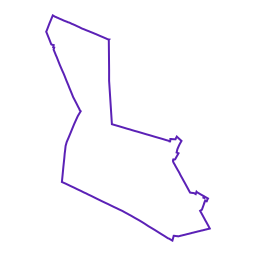 outline of Nezahualcóyotl, México, Mexico
{"feature_id": "50627088B38047784170675", "entity_name": "Nezahualcóyotl", "entity_type": "district", "adm_level": 2, "iso_a3": "MEX", "parent_name": "Mexico", "parent_adm1": "México", "projection": "orthographic", "projection_center": [-99.019, 19.432], "detail": "fine", "context": "isolated", "style": "outline", "palette": "violet", "viewbox_px": 256, "rotation_deg": 0, "n_neighbors": 0, "source": "geoboundaries", "source_scale": "gbopen_adm2", "svg_char_len": 4293}
<svg xmlns="http://www.w3.org/2000/svg" viewBox="0 0 256 256"><path d="M73.6,97.9L73.7,98.1L75.4,101.4L76.8,104.1L78.3,107.1L79.2,108.7L79.6,109.9L80.7,111.2L77.9,115.9L77.5,116.7L74.1,124.2L71.2,131.3L70.8,132.3L68.6,137.6L66.7,142.0L65.7,145.6L65.6,145.9L65.1,150.5L64.7,153.5L64.3,158.1L63.4,166.6L62.5,175.9L61.9,182.0L66.0,183.8L67.0,184.3L68.7,185.1L70.3,185.9L74.2,187.7L76.8,189.0L78.5,189.8L80.9,190.9L83.8,192.4L86.1,193.4L88.4,194.6L90.8,195.7L92.8,196.7L96.6,198.6L99.7,200.1L101.5,201.0L105.7,203.0L107.9,204.0L110.3,205.2L114.2,207.1L116.6,208.2L118.6,209.2L122.5,211.0L123.7,211.7L125.7,212.8L127.6,213.8L128.8,214.5L130.9,215.6L132.6,216.6L135.0,218.0L138.8,220.1L140.0,220.8L142.3,222.2L144.7,223.7L148.3,226.1L151.5,228.0L155.0,230.1L158.0,232.0L161.5,234.2L164.3,235.9L168.0,238.3L169.0,238.6L169.8,239.1L171.2,239.9L171.8,240.3L172.4,240.6L173.1,238.1L173.3,237.4L173.5,236.6L173.7,235.8L174.4,235.8L175.5,236.0L176.3,236.1L176.9,236.1L177.6,236.2L178.1,236.4L178.9,236.2L180.2,235.9L180.4,235.8L180.7,235.7L181.2,235.6L181.3,235.6L181.8,235.5L182.1,235.4L182.4,235.3L183.0,235.2L183.6,235.0L183.8,235.0L184.6,234.8L185.4,234.6L186.2,234.4L186.5,234.3L188.1,233.9L188.7,233.8L189.4,233.6L189.7,233.5L190.3,233.4L190.5,233.3L191.1,233.2L191.9,232.9L193.4,232.6L193.6,232.5L193.8,232.5L194.5,232.3L195.2,232.1L195.3,232.1L195.8,232.0L196.1,231.9L196.5,231.8L197.3,231.6L197.7,231.5L198.0,231.4L198.6,231.3L198.9,231.2L199.0,231.2L199.5,231.1L199.9,231.0L200.5,230.8L200.9,230.7L201.0,230.7L201.8,230.5L202.1,230.4L202.6,230.4L202.9,230.3L203.2,230.2L203.4,230.1L204.1,230.0L205.0,229.7L206.1,229.5L206.2,229.4L207.6,229.1L208.0,229.0L208.9,228.8L209.1,228.7L209.4,228.7L209.6,228.7L209.8,228.6L209.4,227.8L209.2,227.5L208.4,225.9L206.8,223.0L206.5,222.4L205.9,221.4L205.0,219.8L204.3,218.4L203.7,217.4L203.3,216.6L200.1,210.8L200.7,210.4L201.2,210.1L201.9,209.7L204.5,202.5L204.4,202.5L204.7,201.7L205.0,201.1L205.2,200.5L206.7,201.3L207.0,200.8L207.0,200.4L208.0,198.5L205.1,196.9L204.4,198.0L203.4,197.7L203.4,197.3L203.8,196.1L202.5,195.4L200.5,194.3L199.2,193.5L198.1,192.9L197.2,192.4L196.5,191.7L195.7,194.1L195.0,193.7L194.3,193.2L193.7,193.1L193.3,193.0L192.9,193.0L191.4,192.8L190.9,192.7L190.3,192.7L190.1,192.6L189.3,191.2L189.2,191.0L188.9,190.5L188.5,189.7L186.7,186.4L184.8,182.9L183.5,180.6L183.4,180.4L182.2,178.2L181.4,176.8L180.2,174.6L179.7,173.5L178.5,171.3L177.7,170.0L177.1,168.9L176.7,168.2L175.9,166.8L175.4,165.9L175.0,165.2L174.9,164.9L174.7,164.5L174.4,164.1L174.2,163.8L173.6,162.7L173.4,162.3L173.2,161.7L173.0,161.1L173.0,160.6L173.1,160.2L173.2,159.6L173.3,159.4L174.4,159.6L174.8,159.5L175.2,159.2L176.3,157.2L176.7,156.5L176.9,156.1L177.4,155.3L177.6,154.9L177.9,154.4L178.1,154.0L178.5,153.3L176.6,152.5L177.0,150.9L177.3,149.5L177.6,148.7L178.0,147.8L178.3,147.1L178.6,146.4L179.3,144.9L179.7,144.1L180.1,143.4L180.9,141.9L181.1,141.7L181.5,140.9L179.7,139.3L177.3,137.1L176.8,136.6L176.6,137.0L176.3,137.5L176.1,137.8L175.7,138.8L175.5,139.3L172.9,139.2L171.2,139.0L170.4,139.0L170.4,139.9L170.1,141.4L169.5,141.4L169.4,141.0L166.2,140.1L163.0,139.1L161.3,138.6L158.1,137.7L154.6,136.7L151.3,135.7L148.2,134.8L146.7,134.4L143.7,133.5L140.7,132.6L137.6,131.7L134.6,130.9L131.6,130.0L130.1,129.5L127.1,128.7L125.5,128.2L122.5,127.3L119.5,126.4L115.0,125.1L111.9,124.2L111.5,118.0L111.1,111.8L110.5,102.5L109.8,91.6L109.1,80.8L109.1,69.8L109.0,59.0L108.8,39.7L109.0,39.5L107.8,39.3L107.1,39.0L106.3,38.6L104.2,37.7L103.3,37.3L100.2,36.0L97.0,34.6L95.9,34.1L94.8,33.7L93.2,33.0L91.7,32.4L90.7,32.0L90.4,31.9L89.7,31.6L89.3,31.4L88.5,31.1L85.9,30.1L84.3,29.4L82.1,28.6L81.3,28.2L80.7,27.9L79.4,27.2L78.5,26.8L77.8,26.5L76.3,25.8L75.1,25.2L73.7,24.6L73.1,24.3L72.4,24.1L71.5,23.7L70.4,23.1L69.3,22.6L67.8,22.2L66.9,21.7L66.4,21.6L65.8,21.3L65.2,21.1L64.1,20.7L62.8,20.1L61.3,19.4L60.5,19.1L58.5,18.2L57.7,17.8L57.4,17.7L56.8,17.5L56.3,17.2L55.8,17.0L55.0,16.7L52.8,15.4L50.8,20.2L49.5,23.3L47.9,27.5L47.1,29.6L46.2,31.8L46.4,32.1L48.2,36.6L49.1,38.8L51.2,44.2L51.4,44.5L51.7,44.6L53.7,45.1L53.2,47.3L54.2,47.6L53.6,49.6L55.0,53.0L56.0,55.5L56.7,57.0L57.6,59.3L58.3,61.1L59.8,64.9L62.3,70.7L63.5,73.3L64.5,75.7L66.5,80.8L68.4,85.3L69.2,87.4L70.9,91.5L72.2,94.7L73.2,97.2L73.5,97.8L73.6,97.9Z" fill="none" stroke="#5b21b6" stroke-width="2"/></svg>